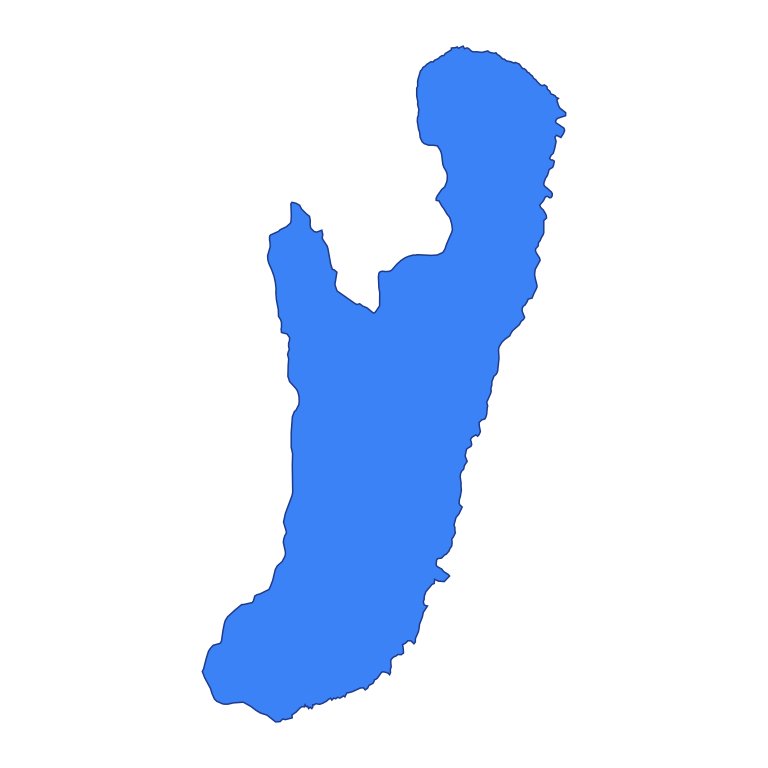 Tasso Fragoso, Maranhão, Brazil
{"feature_id": "56859067B89844171127470", "entity_name": "Tasso Fragoso", "entity_type": "district", "adm_level": 2, "iso_a3": "BRA", "parent_name": "Brazil", "parent_adm1": "Maranhão", "projection": "equal_earth", "projection_center": [-45.856, -8.308], "detail": "fine", "context": "isolated", "style": "filled", "palette": "blue", "viewbox_px": 768, "rotation_deg": 0, "n_neighbors": 0, "source": "geoboundaries", "source_scale": "gbopen_adm2", "svg_char_len": 6066}
<svg xmlns="http://www.w3.org/2000/svg" viewBox="0 0 768 768"><path d="M367.6,688.2L368.9,685.4L372.9,683.4L374.0,681.4L374.5,679.7L375.9,679.3L377.5,678.0L380.7,673.4L382.2,671.9L383.9,671.9L386.7,672.6L388.2,673.3L389.6,674.7L390.5,672.6L390.3,669.6L391.2,666.9L390.8,662.7L390.9,659.8L393.1,657.3L396.3,655.8L398.0,654.5L401.2,654.7L403.5,653.1L403.3,649.1L402.6,644.6L405.5,643.2L408.0,640.7L411.0,640.9L413.9,643.8L415.3,642.1L415.4,638.6L418.4,631.7L419.2,627.6L419.5,624.4L422.4,616.8L423.3,612.4L427.5,606.0L425.4,605.5L424.1,604.7L423.3,601.6L424.1,599.7L424.4,595.8L425.9,591.7L432.1,584.3L434.2,583.5L434.6,579.3L438.3,581.1L444.2,581.6L449.6,576.0L448.2,574.4L443.7,571.6L441.8,569.1L437.3,566.6L436.1,565.2L436.6,560.0L437.8,558.6L441.6,558.1L444.5,555.0L446.3,554.2L449.2,550.8L449.7,549.0L451.7,546.1L452.1,543.0L451.8,538.9L453.2,537.2L455.4,532.8L454.9,530.5L454.9,527.6L454.0,525.0L456.0,517.5L459.0,513.8L462.2,507.0L460.2,505.3L459.1,503.3L459.5,498.9L460.3,496.7L461.4,490.1L461.0,486.3L461.1,483.2L460.2,476.8L460.6,473.3L461.8,471.0L463.6,469.3L464.5,465.4L467.2,461.4L465.1,456.0L466.5,449.3L467.9,448.1L470.9,446.4L471.7,444.7L471.2,441.8L470.4,439.7L472.0,437.2L475.8,434.9L477.7,436.2L479.1,434.6L480.4,431.6L479.3,426.0L479.1,422.5L481.7,419.9L484.8,419.0L485.7,417.5L486.7,414.3L487.2,408.0L487.7,405.9L486.7,402.3L490.7,393.3L491.2,391.0L490.9,388.5L491.8,385.1L491.9,381.6L493.9,376.3L496.4,374.0L497.6,371.3L499.0,358.4L498.5,349.9L499.1,346.8L501.9,342.2L505.1,339.1L509.8,335.8L510.6,333.9L512.5,330.8L519.3,324.7L521.1,321.4L523.5,319.4L524.6,317.3L522.2,311.4L522.1,308.6L523.2,306.2L525.1,304.9L527.0,301.9L528.2,299.1L532.1,298.1L533.6,294.1L536.3,288.8L537.1,286.7L536.6,283.7L535.2,278.3L534.6,274.3L535.2,269.4L540.1,260.4L539.6,258.1L536.2,252.7L535.5,251.0L535.7,248.7L538.1,246.1L538.6,242.4L539.9,241.0L541.5,237.4L543.2,234.6L543.8,232.7L543.8,220.5L546.5,218.1L546.3,215.5L545.2,213.2L543.3,210.0L540.7,207.5L539.7,205.1L543.4,200.8L545.4,196.8L547.3,196.3L549.6,197.8L551.2,197.5L552.1,196.1L552.3,193.8L551.5,192.1L546.5,187.6L545.1,186.7L543.9,185.0L543.9,182.8L545.5,178.3L547.4,175.5L549.2,169.5L552.7,167.3L553.6,165.0L554.3,161.2L552.7,160.0L551.2,160.0L549.5,158.4L551.2,155.2L553.3,153.2L554.7,148.4L556.1,141.5L554.9,137.1L556.6,135.3L560.9,137.5L563.3,133.8L564.6,130.7L564.0,128.2L556.0,122.8L555.5,120.9L557.4,118.4L565.6,115.7L565.7,112.7L559.7,107.9L558.3,105.0L556.8,99.9L558.4,98.4L556.2,97.4L555.1,95.8L553.2,94.7L550.9,93.9L549.7,91.1L547.4,89.2L546.9,86.6L544.3,84.9L542.4,85.7L540.4,84.9L537.1,81.6L535.9,79.9L533.3,78.0L532.5,76.1L530.4,74.5L528.8,72.7L527.5,72.3L526.3,70.4L524.3,68.7L522.5,68.5L519.3,64.1L515.2,62.4L513.8,63.1L510.9,61.7L506.4,60.9L504.5,59.2L502.8,59.0L499.3,55.6L497.3,54.5L496.0,52.8L494.0,53.3L489.7,52.4L487.8,50.9L482.0,52.4L477.1,51.8L472.8,51.8L471.0,50.8L468.6,48.5L467.0,47.9L464.5,48.7L463.1,46.1L458.3,48.3L457.2,46.9L455.1,47.7L451.4,48.0L451.3,49.9L445.3,53.5L443.9,55.6L442.1,55.6L440.0,56.9L438.3,58.6L434.5,60.3L433.1,62.0L431.0,61.7L426.7,64.4L425.5,65.9L423.0,67.4L421.7,69.8L420.5,70.8L417.9,79.7L417.6,81.7L417.7,86.1L416.7,88.2L416.7,95.9L417.8,101.8L417.6,104.4L418.9,109.9L418.4,112.5L418.4,115.2L417.5,117.5L417.3,121.3L418.6,129.4L419.6,132.2L420.2,137.6L422.2,141.8L424.2,143.6L428.6,145.2L432.9,145.2L437.4,145.9L440.3,150.4L441.0,152.1L441.7,154.8L442.8,164.4L443.9,167.3L446.1,171.2L446.9,173.3L447.3,175.3L447.2,179.3L446.7,182.0L444.7,186.9L441.7,189.5L437.3,195.8L436.1,198.4L436.2,200.4L439.0,200.9L441.8,206.0L443.5,208.2L447.2,214.3L449.5,217.1L450.4,219.3L451.8,224.5L452.4,229.5L451.8,232.1L446.7,243.8L444.9,249.2L442.8,252.5L437.2,255.0L431.3,255.4L417.3,254.7L414.9,255.2L413.4,255.0L408.6,256.3L405.3,257.7L401.1,260.4L397.2,263.9L391.6,270.2L389.5,271.3L385.9,271.6L382.2,271.2L380.1,271.8L378.9,273.2L378.4,276.7L378.9,288.0L379.7,292.4L379.6,305.8L376.1,311.1L374.9,312.5L373.4,313.1L367.1,307.9L362.8,306.1L359.7,303.8L356.8,304.5L354.9,303.5L337.0,290.9L334.9,284.6L336.9,272.2L334.3,269.9L332.4,269.3L330.7,264.2L328.0,249.0L327.2,246.2L323.2,240.1L322.2,238.1L322.8,234.6L321.8,230.2L316.8,232.1L314.2,231.6L310.8,228.2L310.1,225.1L310.3,220.6L309.5,216.3L306.4,213.9L301.5,209.0L299.7,205.3L296.1,203.3L292.0,202.3L290.9,203.8L291.3,215.9L291.0,221.3L290.4,223.2L286.3,226.8L280.2,229.7L278.5,231.4L270.6,234.9L269.6,236.2L269.5,239.8L270.0,242.3L270.2,246.7L267.6,255.7L267.9,260.1L268.9,263.5L271.9,270.3L274.1,276.5L275.4,282.8L276.0,287.9L275.9,293.3L276.4,299.6L278.3,309.6L278.5,316.4L280.7,319.8L281.5,322.7L281.5,327.2L281.1,329.0L281.5,332.5L287.1,334.0L289.6,337.6L289.5,340.6L288.6,343.2L288.6,346.7L289.3,349.4L288.3,351.8L287.6,354.5L288.7,359.0L288.2,364.9L287.9,376.3L289.6,381.6L295.8,388.4L297.1,390.3L298.1,392.6L299.0,396.6L299.2,401.3L298.9,404.5L296.1,410.0L294.3,411.7L292.4,416.7L291.2,432.6L291.2,447.3L292.6,453.6L292.3,465.6L292.7,492.2L292.1,495.4L285.4,513.4L283.5,522.1L286.1,530.8L286.4,532.9L284.9,535.6L283.8,538.9L283.3,542.3L285.4,551.9L285.4,554.3L284.8,556.5L282.2,561.5L277.3,565.9L275.3,569.5L272.7,580.4L270.1,587.1L268.9,589.5L260.2,593.8L256.8,594.8L254.8,596.0L253.3,601.2L252.2,602.6L244.1,604.4L241.6,604.6L234.7,610.3L227.6,616.8L225.3,620.5L224.4,623.5L223.0,630.3L221.5,641.0L220.2,643.3L213.2,645.3L210.1,648.7L208.5,651.3L206.3,658.2L203.5,669.3L202.3,671.5L204.8,677.9L210.5,688.5L212.0,693.5L214.5,699.1L216.8,701.3L222.7,703.9L225.2,704.2L228.3,704.1L233.2,702.9L243.3,702.2L251.0,706.5L256.1,710.4L260.4,713.0L267.0,715.1L275.6,721.9L280.1,721.6L282.7,719.0L285.4,719.6L292.2,717.9L292.0,714.9L296.2,712.0L300.1,707.9L301.3,707.0L302.8,706.6L304.3,706.9L305.1,704.7L306.2,706.7L307.6,706.3L308.6,708.6L310.2,707.2L311.8,708.6L312.8,706.9L312.8,704.8L314.2,704.9L315.7,703.7L319.7,704.3L322.6,703.3L326.5,701.2L328.6,699.3L330.5,698.2L331.8,700.1L333.8,698.1L335.7,698.8L337.6,697.3L339.9,698.1L343.7,695.9L344.9,696.9L345.8,694.8L347.2,692.7L348.9,692.7L352.5,691.6L360.4,688.0L363.4,687.8L365.2,689.9L367.6,688.2Z" fill="#3b82f6" stroke="#1e3a8a" stroke-width="1.5"/></svg>